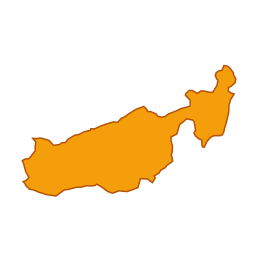 outline of Kallepeia, Paphos, Cyprus, rotated 285°
{"feature_id": "46923920B45563659246862", "entity_name": "Kallepeia", "entity_type": "district", "adm_level": 2, "iso_a3": "CYP", "parent_name": "Cyprus", "parent_adm1": "Paphos", "projection": "orthographic", "projection_center": [32.512, 34.84], "detail": "fine", "context": "isolated", "style": "filled", "palette": "amber", "viewbox_px": 256, "rotation_deg": 285, "n_neighbors": 0, "source": "geoboundaries", "source_scale": "gbopen_adm2", "svg_char_len": 2063}
<svg xmlns="http://www.w3.org/2000/svg" viewBox="0 0 256 256"><g transform="rotate(285 128 128)"><path d="M49.1,40.6L47.7,42.7L45.4,44.9L44.1,47.8L43.4,48.2L43.7,52.2L43.2,56.5L42.8,59.3L42.8,62.7L42.5,65.8L43.7,76.0L51.7,82.5L53.0,85.9L57.3,93.3L58.9,98.4L61.5,102.9L62.7,108.2L64.1,111.2L65.6,112.2L64.7,116.3L63.4,119.7L61.5,124.6L61.0,130.0L65.0,135.5L66.3,143.5L69.8,148.6L73.0,153.0L77.5,153.1L82.2,153.1L83.8,159.9L81.5,165.7L86.8,167.3L88.6,165.8L92.7,169.7L95.7,170.5L99.4,174.3L102.3,175.4L105.9,178.6L107.8,179.7L111.1,178.1L113.2,176.8L116.7,176.9L121.6,175.8L126.6,173.0L130.5,171.9L134.8,176.7L139.6,176.9L144.6,176.9L148.2,179.8L152.1,182.2L152.1,185.2L152.5,188.3L151.3,190.1L146.9,192.3L143.0,193.9L140.5,192.9L138.1,194.8L135.8,199.1L135.5,202.4L131.4,203.5L129.1,204.7L129.1,206.6L135.7,207.8L139.2,209.6L142.0,211.7L143.1,214.0L144.5,219.0L144.9,219.6L145.9,220.9L149.1,221.5L152.7,221.3L156.0,221.5L161.8,221.5L169.4,221.2L175.6,219.7L181.8,219.7L188.3,221.7L188.4,218.5L189.6,215.5L193.0,214.6L195.9,217.5L199.3,219.6L203.4,219.4L204.2,218.6L206.3,216.5L208.8,215.3L211.6,211.9L213.5,208.2L213.2,204.5L208.0,203.9L207.0,201.2L204.1,198.8L201.1,198.8L199.6,200.0L198.1,201.3L197.2,202.6L192.4,202.9L189.4,202.1L184.7,200.8L183.6,198.0L183.5,193.4L183.0,189.3L179.4,185.9L180.9,180.5L180.2,177.5L177.3,175.6L176.3,175.0L174.3,175.0L172.0,179.1L170.8,180.9L167.4,181.8L165.3,182.3L163.6,179.8L161.5,176.0L160.3,173.9L157.5,170.8L155.5,168.2L153.6,165.6L152.2,163.5L148.5,160.7L147.1,157.3L147.1,153.5L148.8,151.8L149.7,145.7L149.0,142.9L151.1,141.0L152.9,137.6L150.6,134.4L148.0,130.7L142.0,125.2L137.4,121.4L135.6,118.9L130.8,116.7L130.2,112.5L127.6,108.2L126.2,105.9L123.2,101.6L120.4,98.2L118.5,95.9L117.7,92.3L116.0,92.1L112.8,86.4L108.9,82.1L107.1,78.2L104.4,75.7L101.6,73.0L97.6,71.2L96.7,67.9L94.3,66.1L92.0,60.6L95.6,54.8L95.8,46.8L93.9,41.5L93.4,38.7L90.5,42.6L86.3,43.0L82.1,44.3L76.5,42.0L72.6,40.1L71.5,36.7L69.0,34.3L68.0,35.5L59.6,40.4L54.4,45.1L50.8,43.0L49.1,40.6Z" fill="#f59e0b" stroke="#b45309" stroke-width="1.5"/></g></svg>